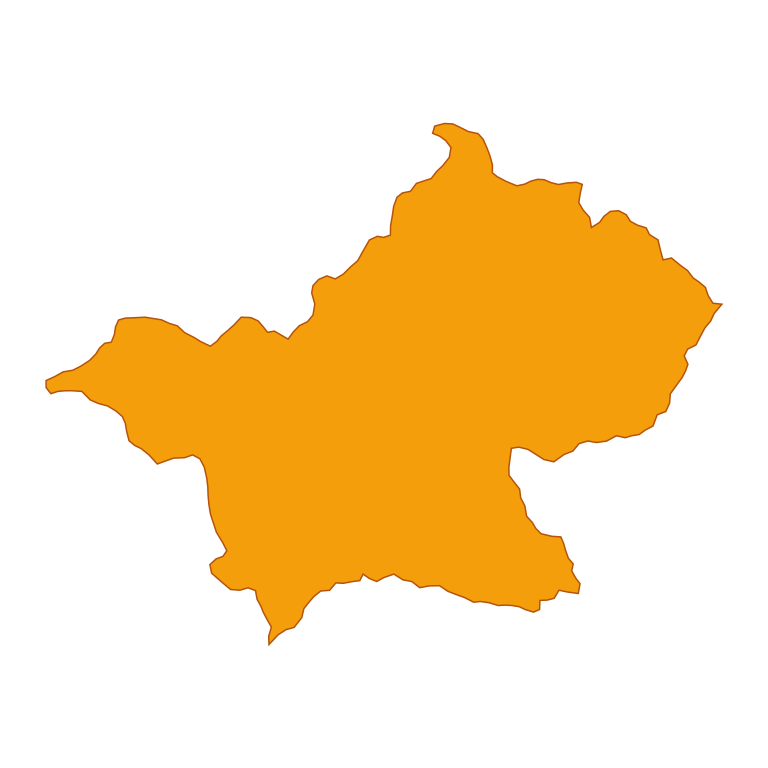 Alvorada de Minas, Minas Gerais, Brazil (Albers equal-area conic projection)
{"feature_id": "56859067B93415811107896", "entity_name": "Alvorada de Minas", "entity_type": "district", "adm_level": 2, "iso_a3": "BRA", "parent_name": "Brazil", "parent_adm1": "Minas Gerais", "projection": "albers", "projection_center": [-43.373, -18.776], "detail": "fine", "context": "isolated", "style": "filled", "palette": "amber", "viewbox_px": 768, "rotation_deg": 0, "n_neighbors": 0, "source": "geoboundaries", "source_scale": "gbopen_adm2", "svg_char_len": 3284}
<svg xmlns="http://www.w3.org/2000/svg" viewBox="0 0 768 768"><path d="M721.9,304.2L712.9,303.2L708.1,295.5L705.4,287.4L699.0,282.0L693.1,277.9L687.6,270.6L680.1,265.1L671.5,258.0L663.1,259.9L660.7,251.3L658.0,239.9L649.4,234.5L646.2,227.9L637.3,225.1L630.4,221.3L626.2,214.7L618.6,210.7L610.3,211.4L604.0,216.3L599.6,222.4L591.4,227.5L589.6,217.4L583.3,210.3L578.8,202.7L580.3,192.9L582.3,184.4L576.4,182.3L566.7,183.0L558.5,184.5L551.2,182.7L544.2,179.7L537.8,179.3L530.9,181.1L524.8,184.1L516.9,185.8L506.3,181.5L497.4,176.8L492.4,172.9L492.4,164.8L490.0,155.9L486.6,147.1L483.1,139.2L478.0,133.6L468.5,131.6L458.9,126.8L452.7,123.9L444.4,123.5L434.7,126.1L432.6,133.3L439.9,136.3L445.8,140.7L451.0,147.5L449.3,157.4L442.7,165.7L436.8,171.3L431.2,178.5L423.0,181.2L416.4,183.4L410.5,191.3L402.5,192.9L397.0,197.2L393.7,206.3L392.2,216.5L390.6,225.7L390.4,235.1L383.6,237.4L377.4,236.3L369.4,240.0L362.8,251.5L357.7,260.7L350.7,266.8L343.2,274.2L335.2,278.9L326.9,275.9L318.7,279.4L313.0,285.6L311.7,292.9L314.8,304.1L313.0,315.0L307.5,321.7L299.3,325.7L293.1,332.2L288.1,339.1L281.2,335.1L274.4,331.1L267.5,332.3L262.9,326.4L258.1,320.9L250.9,317.6L241.2,317.2L234.0,324.9L227.1,331.1L221.2,336.0L216.8,341.4L210.4,346.2L200.9,341.7L193.9,337.4L184.6,332.6L177.3,325.8L169.6,323.5L161.4,319.8L145.1,317.2L135.2,317.7L125.2,318.1L118.6,320.0L115.5,326.9L114.4,334.5L111.3,342.2L104.7,343.3L99.6,348.0L95.7,354.2L89.5,360.5L80.5,366.3L72.6,370.3L63.3,371.8L54.7,376.6L46.1,380.5L46.1,387.6L50.9,393.7L57.8,391.4L64.7,390.8L71.5,390.7L81.9,391.4L90.2,399.9L98.2,403.4L107.6,406.0L116.1,411.1L122.4,416.6L125.3,423.2L126.6,431.1L129.0,440.7L134.8,445.5L141.2,448.6L149.0,454.9L157.3,464.0L166.3,460.7L173.9,458.1L184.6,457.7L192.6,454.9L199.9,458.8L204.3,467.2L206.7,477.9L207.8,486.7L208.1,495.4L208.9,504.5L210.5,514.3L213.3,522.7L216.4,532.2L223.0,543.1L226.8,550.8L222.9,556.4L216.1,558.9L209.9,564.6L211.6,573.1L217.4,578.3L223.3,583.4L230.6,589.5L239.9,590.2L248.0,587.8L255.5,590.6L257.1,599.3L260.7,605.8L263.2,612.1L267.2,619.7L271.4,627.1L268.7,636.2L269.0,644.5L278.2,634.7L285.9,629.7L294.1,627.4L301.8,617.6L303.8,608.8L307.7,603.7L313.7,596.7L320.7,591.0L329.6,590.3L335.9,582.9L343.2,583.3L351.1,581.8L359.8,580.6L363.1,574.1L369.4,578.5L376.7,581.5L384.0,577.5L393.9,574.1L403.0,579.9L411.8,581.5L419.8,587.7L429.2,585.9L439.5,585.7L447.9,591.3L456.4,594.6L464.4,597.5L473.7,602.2L480.3,601.5L488.9,602.7L498.2,605.5L504.8,605.1L511.9,605.5L519.2,606.7L525.1,609.5L533.5,612.1L539.6,609.5L539.9,600.4L547.2,600.1L554.2,598.3L559.0,590.2L567.4,592.0L578.3,593.5L580.0,583.7L575.8,578.2L571.7,570.9L573.2,564.0L568.3,558.1L565.5,550.1L563.5,543.1L560.8,536.9L551.8,536.3L541.0,533.7L535.9,528.6L532.4,522.6L526.6,516.2L524.9,506.0L520.7,497.9L519.6,489.1L514.4,482.5L509.0,475.3L508.9,466.9L510.1,457.8L511.4,448.3L518.7,447.1L528.0,449.4L535.9,454.4L543.9,459.5L553.8,461.8L564.2,454.4L572.8,451.1L579.1,443.6L587.8,441.0L596.4,442.5L606.5,441.1L616.4,435.8L625.3,437.7L631.5,435.8L639.2,434.5L645.4,430.0L653.0,426.0L657.2,414.8L665.8,411.5L669.6,403.1L670.3,393.9L675.5,386.6L682.0,377.8L685.5,371.0L687.9,364.3L684.2,355.9L687.7,349.1L695.9,345.0L700.4,336.3L704.9,327.9L710.7,321.0L714.2,313.4L721.9,304.2Z" fill="#f59e0b" stroke="#b45309" stroke-width="1.5"/></svg>